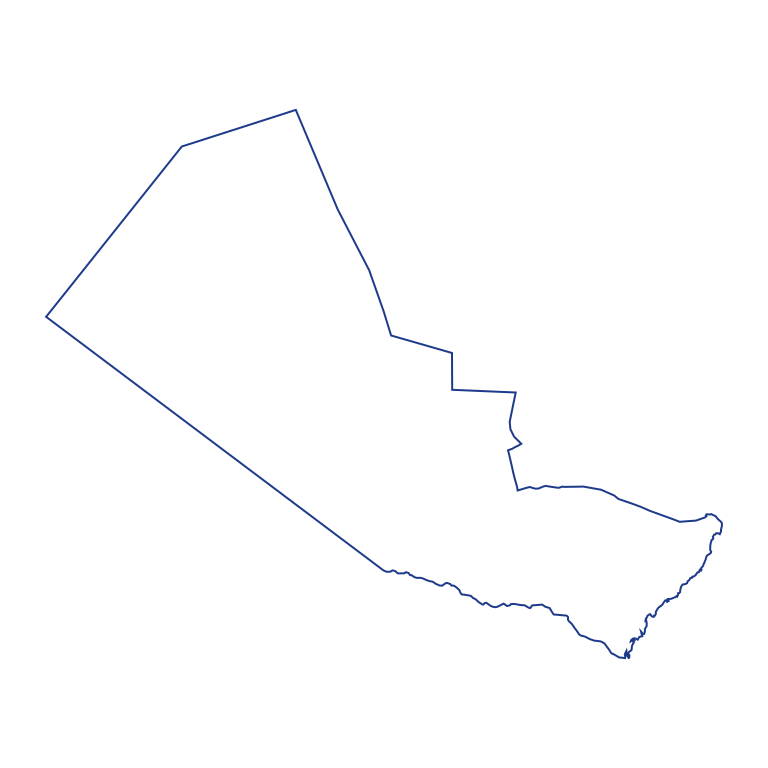 the district of Faasaleleaga II, Fa'asaleleaga, Samoa
{"feature_id": "51752279B41947218323139", "entity_name": "Faasaleleaga II", "entity_type": "district", "adm_level": 2, "iso_a3": "WSM", "parent_name": "Samoa", "parent_adm1": "Fa'asaleleaga", "projection": "robinson", "projection_center": [-172.209, -13.636], "detail": "fine", "context": "isolated", "style": "outline", "palette": "blue", "viewbox_px": 768, "rotation_deg": 0, "n_neighbors": 0, "source": "geoboundaries", "source_scale": "gbopen_adm2", "svg_char_len": 3233}
<svg xmlns="http://www.w3.org/2000/svg" viewBox="0 0 768 768"><path d="M625.0,658.1L625.2,655.7L624.8,654.9L625.1,653.6L626.4,651.0L626.8,655.0L627.6,656.6L628.7,658.0L629.2,657.7L629.3,656.0L628.3,656.2L628.0,655.5L628.9,654.6L627.9,653.8L629.1,651.8L630.6,650.9L631.6,649.8L631.9,646.3L633.0,643.7L633.8,642.7L632.9,641.1L634.5,640.5L633.9,639.5L630.8,641.3L631.2,640.1L633.0,638.6L634.9,638.3L637.8,639.6L639.0,637.3L640.6,636.5L642.3,636.2L641.0,631.4L641.2,631.6L641.9,633.0L643.2,633.9L644.1,634.0L644.9,631.4L644.9,629.1L646.6,626.1L646.7,623.0L646.4,621.7L645.5,621.5L645.4,620.6L646.2,620.2L645.8,618.6L646.6,617.9L647.5,615.8L648.4,615.1L650.0,614.1L652.1,616.6L653.8,616.8L654.1,615.6L654.8,615.7L655.8,614.1L655.8,611.9L657.6,608.8L658.6,607.6L662.3,604.8L663.6,602.6L665.2,600.5L666.5,600.1L667.1,601.8L668.7,601.0L668.0,599.0L671.3,598.8L673.1,598.0L675.4,597.1L676.4,596.2L677.1,596.7L678.1,594.5L678.1,593.2L679.2,593.1L680.1,592.1L680.3,589.7L681.1,586.8L682.0,585.3L682.9,584.4L685.0,584.2L687.0,583.2L687.8,581.2L689.3,580.0L690.3,578.1L692.0,577.8L692.3,576.7L693.8,576.5L695.7,575.0L696.6,573.5L697.5,572.4L698.9,572.2L699.6,570.2L700.9,570.7L701.5,569.8L700.8,568.6L703.2,565.8L703.6,563.9L704.4,563.0L704.6,561.8L705.6,559.6L706.5,556.4L707.5,555.1L709.3,554.2L710.9,552.8L711.2,551.7L710.2,550.1L710.3,545.3L710.8,542.8L711.7,539.9L712.7,539.4L713.3,538.3L712.8,537.0L714.1,534.7L715.0,534.6L716.2,533.2L718.4,533.4L719.8,534.2L721.0,531.5L721.0,529.7L721.9,525.9L721.9,523.3L721.2,522.0L717.6,518.8L715.7,516.3L711.2,514.1L710.1,514.5L706.6,514.3L705.8,515.3L706.4,516.3L705.1,517.4L696.0,520.6L691.8,520.9L679.7,521.8L672.4,519.0L650.3,511.0L640.6,506.8L632.8,503.9L618.5,499.0L614.2,495.5L601.0,489.7L583.5,486.6L563.9,486.9L562.4,486.6L559.5,487.6L558.2,487.8L549.0,486.5L546.1,485.9L543.6,486.4L538.3,488.6L534.8,488.6L529.8,487.0L525.8,488.0L517.7,490.5L517.0,486.6L514.8,478.9L513.0,471.7L512.1,467.4L508.9,453.6L508.0,450.3L512.4,448.7L514.8,447.2L518.0,445.8L521.3,443.8L514.1,436.7L510.4,429.2L509.7,421.8L515.7,392.5L452.2,389.8L452.1,373.3L452.0,353.0L391.1,335.5L383.6,311.2L369.2,270.3L337.7,209.4L295.8,109.9L181.8,146.5L73.1,283.0L46.1,316.8L383.6,570.5L386.7,571.8L390.4,571.7L392.4,570.4L395.0,571.0L397.9,573.4L404.3,573.3L405.9,572.2L408.5,573.0L410.1,575.1L411.5,575.1L414.3,577.1L416.8,577.9L420.5,577.8L423.1,578.5L425.6,579.7L429.4,581.1L432.7,581.7L435.7,583.8L439.6,585.5L442.1,585.7L445.3,583.4L447.1,582.9L450.2,584.0L451.6,585.6L453.2,585.5L455.1,586.4L456.8,587.7L459.3,590.1L460.4,592.7L461.6,594.4L464.4,594.7L470.7,595.8L473.1,598.0L475.8,599.4L478.4,601.9L482.4,604.5L483.3,604.5L484.7,603.1L486.3,602.8L490.6,605.8L492.8,606.8L495.7,607.2L498.0,606.5L503.7,603.6L507.0,606.0L510.0,605.3L510.9,604.1L514.0,603.9L520.5,605.0L524.6,605.3L528.7,607.7L530.2,608.1L532.2,605.4L542.2,604.6L545.4,606.8L549.6,608.0L553.3,614.1L554.0,614.6L556.9,614.7L561.5,615.2L565.9,615.5L567.1,616.0L568.0,617.0L568.0,619.8L568.8,621.1L571.7,623.8L574.5,627.8L577.0,631.1L579.1,634.4L580.7,635.5L585.3,636.7L589.3,638.9L594.1,640.6L600.0,641.3L601.7,641.8L604.6,643.6L609.3,650.0L610.9,652.7L612.3,653.9L613.1,653.9L619.1,657.4L625.0,658.1Z" fill="none" stroke="#1e3a8a" stroke-width="2"/></svg>